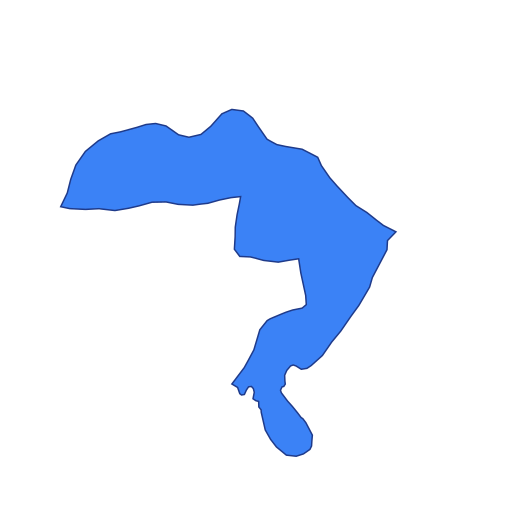 Isoko North, Delta, Nigeria, rotated 53°
{"feature_id": "59680162B76063539046075", "entity_name": "Isoko North", "entity_type": "district", "adm_level": 2, "iso_a3": "NGA", "parent_name": "Nigeria", "parent_adm1": "Delta", "projection": "natural_earth1", "projection_center": [6.267, 5.521], "detail": "fine", "context": "isolated", "style": "filled", "palette": "blue", "viewbox_px": 512, "rotation_deg": 53, "n_neighbors": 0, "source": "geoboundaries", "source_scale": "gbopen_adm2", "svg_char_len": 1845}
<svg xmlns="http://www.w3.org/2000/svg" viewBox="0 0 512 512"><g transform="rotate(53 256 256)"><path d="M99.1,382.3L106.1,376.2L116.2,364.1L123.8,352.8L125.2,351.4L134.8,341.3L141.1,329.2L145.5,319.4L150.5,306.6L158.7,295.3L167.9,287.1L177.4,275.8L181.2,269.0L184.9,262.8L189.3,251.5L194.3,240.9L199.3,232.5L204.5,238.1L208.0,242.1L211.6,246.2L220.5,255.2L228.1,261.1L237.6,269.2L246.6,269.2L253.3,261.1L258.2,257.1L258.3,257.1L264.2,252.5L274.3,241.9L279.4,231.9L283.9,223.6L296.5,230.4L317.5,240.1L325.1,245.1L325.4,250.5L321.2,259.2L319.0,265.7L317.7,270.5L314.7,282.3L314.3,286.0L317.2,297.3L329.7,314.2L334.7,325.0L338.1,332.6L343.7,352.3L349.9,349.8L356.2,351.8L358.3,351.2L359.6,348.6L357.3,344.4L356.0,340.7L357.4,338.2L360.3,337.9L363.8,339.4L368.2,344.3L371.5,343.2L373.7,341.4L378.3,344.6L381.9,344.5L384.0,345.9L400.5,353.3L411.3,354.7L420.8,354.6L433.3,351.6L440.1,344.4L442.6,337.2L442.9,329.3L441.2,326.0L437.0,322.4L433.0,318.8L419.2,316.5L414.1,316.5L412.1,317.2L406.3,317.2L397.9,317.5L391.0,318.1L380.5,318.1L377.9,317.2L376.2,314.0L376.9,312.3L375.9,309.7L373.3,308.2L368.5,304.9L365.9,300.3L364.6,294.6L365.4,291.9L367.9,290.2L373.7,288.0L376.4,282.9L376.7,277.8L375.4,262.8L370.2,247.1L367.0,233.6L361.3,216.5L357.4,203.7L351.3,189.0L349.2,184.0L343.2,176.0L329.8,147.6L322.8,141.7L320.9,129.7L308.2,135.9L300.0,138.2L287.9,141.3L275.9,145.9L264.5,147.5L248.6,149.2L237.8,150.0L223.2,149.4L214.3,147.3L198.5,154.9L186.5,166.3L179.6,172.3L174.0,174.9L169.4,176.9L154.2,176.3L144.0,175.7L141.2,176.4L132.6,178.8L124.4,187.1L121.9,197.6L125.2,214.1L125.8,226.8L120.8,238.1L112.6,244.9L98.0,249.6L89.8,256.4L88.5,258.5L84.8,264.7L81.6,273.7L75.3,289.5L70.9,298.6L69.8,307.2L69.1,312.8L69.8,329.3L74.9,345.0L75.5,346.0L77.5,349.0L83.2,357.7L92.1,368.8L99.1,382.3Z" fill="#3b82f6" stroke="#1e3a8a" stroke-width="1.5"/></g></svg>